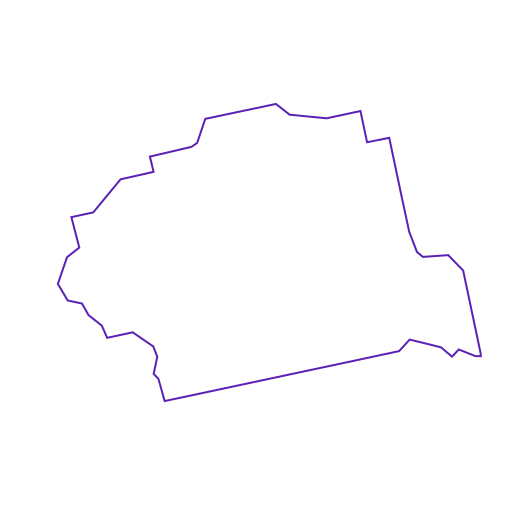 Evangeline, Louisiana, United States of America, rotated 258°
{"feature_id": "52423323B28730875803746", "entity_name": "Evangeline", "entity_type": "district", "adm_level": 2, "iso_a3": "USA", "parent_name": "United States of America", "parent_adm1": "Louisiana", "projection": "natural_earth1", "projection_center": [-92.405, 30.74], "detail": "fine", "context": "isolated", "style": "outline", "palette": "violet", "viewbox_px": 512, "rotation_deg": 258, "n_neighbors": 0, "source": "geoboundaries", "source_scale": "gbopen_adm2", "svg_char_len": 673}
<svg xmlns="http://www.w3.org/2000/svg" viewBox="0 0 512 512"><g transform="rotate(258 256 256)"><path d="M375.3,172.9L359.6,173.3L359.2,139.5L332.5,105.9L332.4,83.5L301.0,84.9L294.1,70.9L269.9,56.4L251.6,62.6L245.7,75.9L233.0,79.9L219.9,90.7L206.9,93.4L207.0,119.5L188.9,136.7L178.0,138.5L162.0,131.4L156.1,135.0L133.1,136.5L133.2,376.2L142.3,388.9L128.2,418.0L116.8,426.8L122.4,434.9L112.4,449.9L111.3,455.1L114.5,455.5L198.7,455.6L216.9,444.2L220.4,419.1L226.4,414.3L247.8,410.9L282.8,410.8L343.9,410.9L344.2,388.3L376.1,388.3L376.0,353.7L387.2,318.3L400.6,307.1L400.7,234.9L378.9,222.0L376.2,215.6L375.3,172.9Z" fill="none" stroke="#5b21b6" stroke-width="2"/></g></svg>